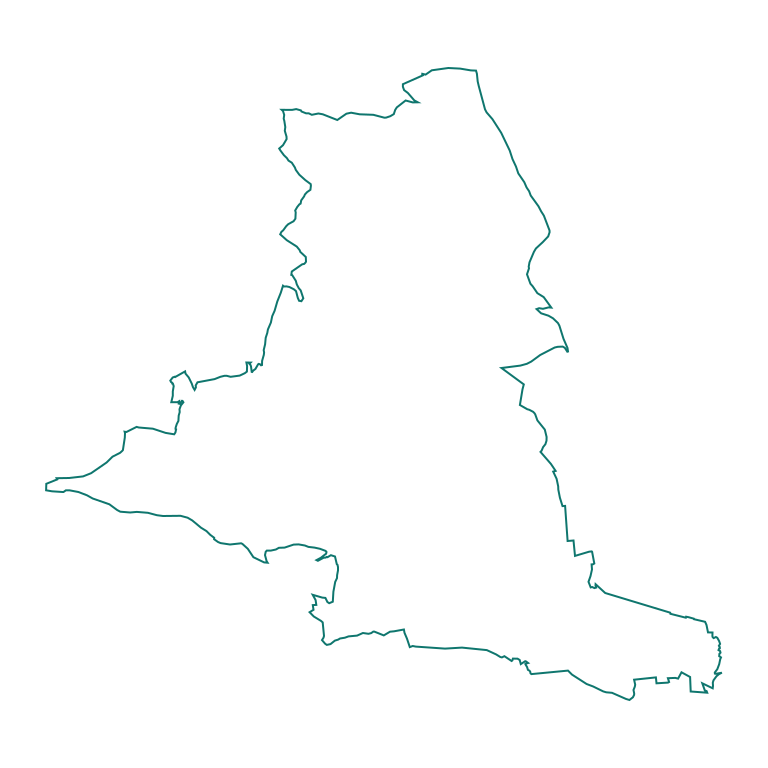 the district of Lunca, Mures, Romania
{"feature_id": "2599482B60450426042638", "entity_name": "Lunca", "entity_type": "district", "adm_level": 2, "iso_a3": "ROU", "parent_name": "Romania", "parent_adm1": "Mures", "projection": "equal_earth", "projection_center": [24.567, 46.85], "detail": "fine", "context": "isolated", "style": "outline", "palette": "teal", "viewbox_px": 768, "rotation_deg": 0, "n_neighbors": 0, "source": "geoboundaries", "source_scale": "gbopen_adm2", "svg_char_len": 6096}
<svg xmlns="http://www.w3.org/2000/svg" viewBox="0 0 768 768"><path d="M712.7,688.3L713.0,685.9L712.8,682.7L713.5,680.3L716.5,676.2L718.9,674.2L721.9,672.7L715.9,673.8L714.9,673.6L714.8,672.5L717.3,669.2L719.2,664.2L720.2,659.3L721.0,657.4L719.2,656.2L719.4,653.8L720.5,652.7L720.1,651.1L718.5,650.1L719.2,648.4L719.8,648.3L719.8,647.1L718.9,645.8L720.1,643.9L719.1,641.0L717.3,637.8L715.9,637.0L713.7,638.1L712.7,637.2L712.4,636.1L712.5,632.5L708.0,632.4L706.5,625.0L705.1,621.8L694.0,619.2L693.9,618.7L688.6,617.2L686.1,616.7L685.8,617.7L670.4,613.8L670.2,612.7L669.3,612.4L605.2,593.0L595.6,584.2L595.5,585.5L596.1,587.6L594.4,588.1L592.2,587.0L590.7,587.4L588.5,581.8L590.5,576.1L592.0,569.4L591.6,564.4L593.0,564.3L594.3,563.5L592.1,551.8L591.7,551.4L589.1,551.7L575.0,555.9L573.5,540.5L567.6,541.0L565.1,505.9L562.5,506.1L559.9,497.7L558.3,489.6L558.2,486.4L556.6,478.8L553.2,471.6L555.6,470.9L550.9,463.9L540.5,451.9L541.6,450.7L543.1,447.1L545.4,444.2L546.5,440.7L546.6,437.0L544.8,429.6L537.4,420.4L535.2,414.3L534.4,413.1L533.1,411.8L529.3,409.8L527.2,409.2L519.9,405.0L522.5,389.3L523.8,384.4L501.5,368.0L520.3,365.6L526.9,363.8L531.2,361.6L540.2,355.0L554.7,347.5L557.8,346.8L562.7,346.6L564.8,347.8L567.3,351.7L568.0,351.5L567.5,348.0L563.5,338.8L559.4,325.7L558.0,323.1L553.0,318.3L548.5,315.7L541.1,313.3L536.6,309.1L539.1,308.2L543.0,308.8L548.6,307.4L551.3,307.6L543.7,297.1L537.4,293.2L532.7,286.3L530.4,283.7L527.0,274.3L529.0,268.3L528.7,266.7L529.5,262.3L533.9,251.9L535.9,248.5L542.9,242.0L548.2,236.4L549.6,232.2L549.5,230.4L543.9,215.7L541.1,211.3L538.5,206.3L530.7,195.5L529.1,191.2L526.6,187.5L524.3,182.2L518.3,173.4L516.0,166.6L512.5,159.1L509.7,150.5L501.2,132.8L492.4,119.1L486.6,112.4L485.0,109.3L478.7,85.8L477.7,81.5L476.9,73.7L476.0,70.6L470.9,70.4L460.1,68.6L448.3,68.0L431.8,70.3L425.6,74.6L422.3,73.8L422.2,74.8L422.7,75.4L402.9,84.2L402.9,86.8L404.1,90.1L407.9,93.0L414.3,100.4L417.8,102.3L412.7,102.4L405.6,100.5L396.8,107.4L395.2,109.9L393.8,114.1L390.3,116.2L386.1,117.6L384.4,117.7L373.3,114.8L359.7,114.3L351.1,112.7L346.4,113.7L337.3,120.0L322.8,114.3L318.4,113.5L311.8,114.8L308.7,113.3L306.0,113.3L301.5,111.5L300.9,110.4L296.2,109.1L292.0,109.9L281.7,109.8L283.0,111.0L284.2,114.9L283.7,118.7L284.3,120.8L285.3,127.1L284.8,130.8L286.5,136.6L286.6,139.1L283.0,145.2L279.2,148.5L280.4,150.5L283.9,155.2L286.9,158.1L288.5,160.6L291.8,162.7L294.9,167.5L295.8,169.9L299.3,174.7L305.3,180.1L310.7,184.1L310.9,185.7L310.4,189.8L307.1,192.1L304.9,194.5L304.1,196.4L301.2,200.4L300.6,203.6L299.4,204.3L297.3,206.9L295.2,210.5L295.7,212.4L295.4,218.7L293.6,221.2L288.2,224.2L286.2,226.2L283.2,230.3L281.4,231.9L280.2,234.3L286.8,240.2L296.8,246.6L299.7,250.2L300.3,251.9L305.8,257.0L306.0,261.6L305.6,262.4L304.2,263.9L302.2,264.3L291.8,271.5L291.3,274.9L292.2,275.1L295.8,280.8L296.8,284.4L298.8,288.2L300.7,290.4L303.3,298.3L301.4,301.2L299.1,300.8L297.8,297.9L296.0,291.1L293.9,289.3L289.4,287.0L286.5,286.4L284.0,286.5L283.0,285.7L280.8,292.7L277.3,301.5L274.6,310.8L272.2,316.2L270.9,322.5L267.9,329.5L267.3,332.9L265.7,337.8L265.1,344.3L263.7,350.1L264.1,352.5L263.8,354.9L262.1,360.9L262.0,365.0L261.0,365.3L259.9,364.2L258.7,363.9L258.1,364.3L255.4,369.0L253.2,370.6L252.2,372.0L251.7,371.9L251.0,366.4L250.5,365.0L249.4,363.8L250.6,362.6L246.4,362.5L247.1,366.1L246.9,371.6L244.8,373.2L239.7,375.6L230.6,376.8L226.7,375.8L224.5,375.8L220.4,376.8L214.6,379.1L197.5,382.3L195.7,385.4L195.9,387.4L194.6,389.9L192.9,387.0L191.8,383.7L188.7,377.4L185.5,373.6L185.1,371.4L175.2,377.0L174.9,376.7L172.7,377.5L170.3,380.6L171.1,382.1L172.0,382.6L172.3,383.6L172.9,383.6L173.7,386.1L172.8,391.4L172.8,395.8L171.3,402.2L177.5,402.2L179.0,401.3L178.7,403.6L179.6,403.8L181.9,400.8L182.5,400.9L183.4,402.3L180.9,405.4L179.5,409.2L179.7,412.1L178.7,415.6L178.4,420.9L176.8,424.0L175.7,427.4L175.5,428.9L176.1,429.3L175.4,432.5L174.2,434.3L165.6,432.9L152.9,428.7L138.8,427.5L136.6,426.9L126.4,432.0L124.6,431.7L125.0,433.1L124.8,437.6L122.9,450.1L122.1,451.0L120.1,452.8L112.5,456.7L106.6,462.5L91.1,473.2L83.1,476.4L69.1,478.0L56.6,478.2L57.2,479.4L46.3,483.8L46.1,490.3L52.0,491.3L62.6,492.0L63.5,492.0L65.9,490.3L69.4,490.3L78.4,492.0L87.0,495.3L92.7,498.5L109.4,504.3L117.1,510.0L120.3,511.7L130.2,512.5L136.8,511.9L147.9,512.8L156.9,515.2L163.0,516.0L180.5,515.8L187.6,517.7L192.2,520.4L201.0,527.7L206.5,531.1L210.2,534.8L214.2,537.8L214.1,539.2L218.0,542.0L220.6,543.1L230.0,544.5L241.1,543.3L242.4,543.9L247.8,548.8L253.4,557.2L264.1,562.4L267.6,562.7L266.6,561.1L265.0,555.1L265.7,551.8L266.8,550.6L270.8,550.6L275.9,549.5L278.9,547.8L284.6,547.6L293.6,544.6L298.6,544.4L304.9,545.5L308.4,546.9L314.5,547.6L320.0,548.8L325.6,550.9L326.5,552.0L326.1,553.7L320.8,557.8L316.5,560.1L317.9,560.8L323.7,557.7L325.7,557.6L326.7,556.9L327.5,557.2L330.9,555.2L335.0,556.5L336.8,564.2L337.5,564.8L338.0,567.1L338.0,570.4L337.1,575.2L337.0,578.1L335.2,581.9L333.4,591.7L332.8,601.7L329.2,603.2L327.4,602.0L325.4,597.9L322.3,597.6L312.7,594.8L315.6,600.1L316.3,604.9L312.8,605.1L313.5,609.8L309.6,612.2L313.8,616.5L321.0,620.9L322.7,622.4L324.0,635.9L323.5,637.7L322.0,640.1L325.1,643.7L326.8,644.9L330.5,644.1L334.9,640.6L338.2,639.6L340.0,638.5L344.9,637.7L348.5,636.4L357.1,635.6L362.9,633.0L368.5,633.8L371.2,633.1L373.3,631.6L374.3,631.6L383.8,635.4L390.0,631.7L394.1,631.3L403.9,629.5L404.5,632.8L407.0,638.7L409.8,647.1L412.7,646.0L415.8,646.6L445.0,648.6L462.0,647.6L486.8,650.1L496.1,654.4L500.3,657.0L501.9,657.4L504.4,656.2L511.6,661.0L512.4,660.4L512.9,658.6L517.6,658.7L519.7,660.0L520.8,664.1L525.2,661.2L525.8,661.3L528.1,663.0L525.4,663.8L525.4,664.3L527.1,667.1L527.9,669.8L529.5,670.7L530.2,671.7L530.5,673.3L531.4,674.1L568.0,670.6L572.0,674.6L586.6,684.0L593.2,686.5L603.2,691.4L606.2,692.3L612.0,692.8L626.1,699.0L629.4,700.0L632.9,697.3L634.1,694.9L634.2,693.5L633.5,690.0L634.8,686.7L635.2,684.7L634.1,679.7L655.9,677.4L656.5,683.3L668.0,682.6L669.1,682.0L667.9,678.2L675.3,677.9L678.1,678.6L681.5,672.3L690.1,677.0L690.7,691.5L707.2,692.7L706.6,691.1L704.8,690.4L702.3,683.3L712.7,688.3Z" fill="none" stroke="#0f766e" stroke-width="2"/></svg>